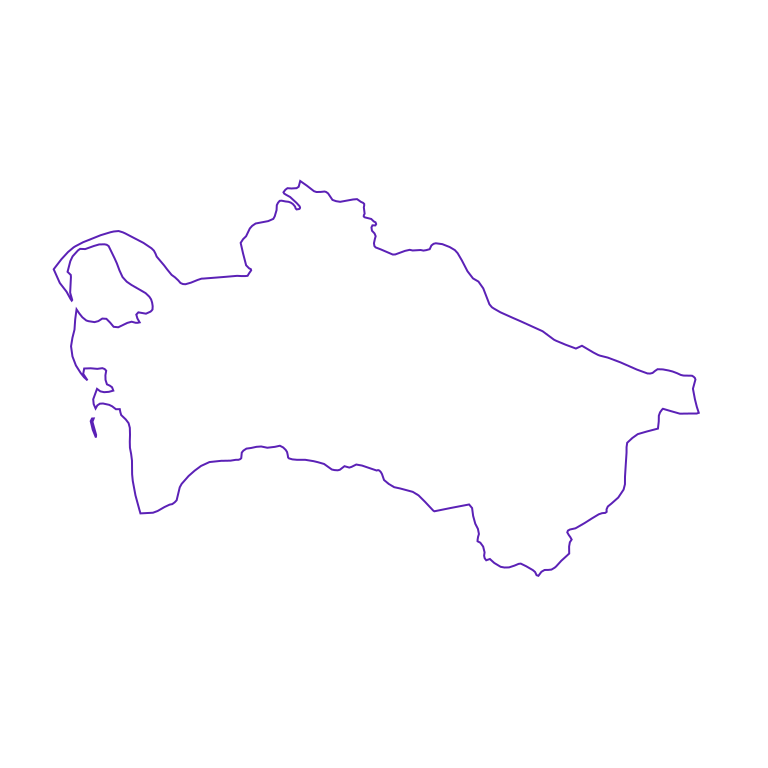 map outline of Turkmenistan (orthographic projection), rotated 351°
{"feature_id": "TKM", "entity_name": "Turkmenistan", "entity_type": "country or territory", "adm_level": 0, "iso_a3": "TKM", "parent_name": "Asia", "parent_adm1": "", "projection": "orthographic", "projection_center": [58.325, 38.975], "detail": "fine", "context": "isolated", "style": "outline", "palette": "violet", "viewbox_px": 768, "rotation_deg": 351, "n_neighbors": 0, "source": "natural_earth", "source_scale": "50m", "svg_char_len": 5319}
<svg xmlns="http://www.w3.org/2000/svg" viewBox="0 0 768 768"><g transform="rotate(351 384 384)"><path d="M222.0,251.6L233.2,252.5L243.4,253.3L255.9,254.2L259.6,255.0L264.0,255.7L266.2,255.8L268.3,253.3L269.6,252.0L270.6,250.9L270.4,249.7L268.9,248.7L266.4,245.2L265.2,232.8L264.5,222.2L267.5,218.9L270.9,216.5L275.8,209.4L278.5,207.2L282.3,205.4L295.1,205.0L300.5,203.6L302.3,201.3L305.1,195.4L306.1,190.6L307.7,188.4L309.6,186.8L311.5,186.9L315.3,188.3L318.2,189.1L320.2,190.2L322.1,191.9L323.9,194.8L324.2,196.8L325.0,197.9L326.5,197.9L327.5,197.9L328.3,197.5L328.7,196.5L328.4,195.2L325.9,191.4L320.5,184.6L316.9,181.8L315.2,180.3L314.7,178.9L317.0,176.7L319.3,175.5L323.2,176.4L328.3,176.9L330.6,175.8L333.0,170.4L338.9,176.1L345.0,182.6L347.3,183.8L351.7,184.4L355.4,184.6L356.9,185.3L358.6,187.0L361.9,194.1L365.2,195.9L369.2,197.2L382.3,196.9L386.3,197.2L389.7,200.5L391.7,201.8L392.6,203.0L392.4,204.5L391.7,206.4L391.6,210.0L391.5,212.8L390.5,214.1L390.2,215.4L391.1,216.4L397.2,219.0L399.3,221.8L400.9,223.0L401.3,224.8L400.3,226.0L397.4,225.5L396.1,227.4L396.1,230.7L398.2,233.8L398.9,236.7L397.6,239.5L396.1,243.4L396.1,246.2L397.1,247.8L401.8,250.5L412.9,257.5L415.4,257.8L425.6,255.8L430.4,255.5L433.2,256.6L441.2,257.4L443.8,258.4L446.5,258.4L450.2,258.0L452.5,254.6L453.8,253.9L454.9,253.3L457.2,253.1L463.5,255.0L470.3,259.0L474.9,262.8L477.2,266.3L480.2,274.0L484.1,285.7L488.4,293.6L493.3,297.6L497.0,305.1L500.6,321.8L502.6,325.1L504.5,326.8L510.2,331.4L521.7,338.9L528.6,343.3L539.2,350.3L548.9,356.7L558.9,366.9L560.9,368.3L569.5,373.6L579.1,379.0L585.5,377.2L595.8,385.7L600.0,388.8L601.8,389.8L609.1,392.9L620.9,399.6L636.0,409.3L645.9,414.8L648.5,415.3L651.0,415.1L653.7,413.5L656.5,412.2L661.7,413.2L667.3,415.2L671.0,416.8L675.2,419.2L678.6,421.5L681.1,422.5L689.5,424.0L691.0,425.3L692.0,426.7L692.3,428.3L688.4,437.0L688.7,447.6L689.4,455.5L690.4,461.7L688.2,462.1L682.7,461.2L671.6,459.6L661.9,455.1L655.6,452.1L654.7,452.7L652.2,455.2L650.5,458.3L649.5,464.0L647.6,470.9L636.4,472.0L626.8,473.2L620.8,476.2L615.0,480.1L613.7,484.3L612.8,489.8L610.0,502.2L607.5,513.4L606.3,520.7L604.1,525.8L597.6,532.8L589.9,537.7L585.9,540.0L584.2,542.6L583.9,545.1L582.4,545.9L579.1,545.7L575.7,546.3L568.3,549.3L560.2,552.8L550.5,556.5L544.9,556.8L542.7,557.6L541.8,559.2L542.9,562.1L544.0,564.2L545.0,567.0L542.8,569.4L541.4,573.5L540.4,580.4L537.0,582.7L531.5,586.3L525.5,591.1L523.9,592.1L520.4,593.5L516.8,593.3L513.5,592.8L510.1,594.1L506.5,597.6L504.8,596.7L503.8,593.3L501.9,591.1L496.0,586.3L491.0,582.8L488.9,582.7L484.4,583.8L478.8,584.7L474.3,584.1L470.6,582.8L464.9,578.0L462.8,575.4L461.2,573.4L457.4,574.1L456.2,571.9L456.0,569.3L457.0,566.0L456.5,560.1L454.3,555.8L451.8,554.0L452.0,552.7L453.0,549.7L454.3,547.0L454.1,541.8L452.3,536.3L451.4,528.2L451.6,520.3L449.2,516.3L430.4,516.9L413.8,517.6L412.8,516.7L406.1,506.8L400.7,499.4L395.5,495.0L383.6,489.7L377.9,487.5L373.0,483.4L369.0,478.8L367.9,472.6L367.1,470.5L365.9,468.8L364.7,468.1L363.2,468.3L349.5,461.1L344.0,459.2L338.9,460.8L336.6,461.1L332.1,459.0L327.0,461.8L324.8,462.0L321.7,461.3L319.1,460.3L312.3,453.6L306.5,450.9L302.4,449.2L294.5,446.6L286.0,445.2L281.7,444.1L278.5,442.6L277.8,441.6L277.8,439.2L277.6,436.0L276.6,433.7L274.5,430.9L271.5,428.7L266.4,429.0L258.8,428.7L252.9,426.5L248.3,426.1L242.6,426.4L238.0,426.3L234.7,427.8L232.8,429.5L231.4,434.9L230.3,435.7L228.4,436.1L225.8,435.7L220.4,435.7L211.1,434.4L199.4,433.8L190.5,436.3L183.4,440.0L176.6,444.3L168.5,451.0L166.1,454.1L161.0,466.4L158.8,468.1L156.1,469.5L153.4,469.6L147.9,471.2L140.6,474.0L135.7,475.0L123.2,473.7L122.7,469.7L121.1,455.1L120.7,440.4L121.1,433.7L123.1,420.2L123.3,413.4L123.1,407.2L123.9,401.2L125.2,394.4L126.1,387.5L125.6,382.7L123.4,378.6L119.6,373.6L119.2,370.7L119.1,367.5L115.3,367.0L112.0,363.5L109.3,361.6L103.4,359.3L100.3,359.0L97.5,360.3L95.3,363.1L94.1,358.4L94.4,353.6L99.8,343.9L102.7,346.9L106.3,348.3L111.0,348.7L115.6,348.2L114.9,344.7L112.9,342.7L110.3,341.0L109.6,336.4L110.2,331.8L111.7,327.4L110.4,325.5L108.3,324.3L103.2,324.2L96.8,322.6L90.3,321.8L88.5,326.9L91.7,334.0L88.8,330.4L86.2,325.8L82.6,317.5L80.6,308.0L80.8,297.8L83.5,289.6L86.8,281.9L89.1,271.9L92.0,262.2L94.1,266.7L96.5,270.9L99.9,274.7L101.9,275.7L107.8,277.6L111.7,277.2L116.0,275.3L120.0,276.2L123.1,280.5L125.9,285.2L130.4,286.4L140.0,283.5L144.5,283.0L148.3,284.7L150.3,285.0L152.3,284.9L150.7,280.7L150.2,276.7L152.6,274.8L159.9,277.3L164.7,276.0L165.9,275.2L167.0,274.2L167.7,270.9L167.7,267.3L167.2,264.0L165.9,261.1L162.7,256.9L150.1,246.7L145.9,242.7L142.5,237.5L140.5,230.4L139.0,223.0L137.5,217.5L133.6,204.7L131.9,203.1L129.8,202.3L124.5,201.6L119.0,202.3L110.0,204.0L105.0,203.0L102.6,204.2L96.4,209.2L93.4,213.6L89.0,223.7L91.7,227.3L91.5,229.5L88.3,244.7L89.2,252.2L88.6,252.8L87.7,251.0L84.9,243.2L79.6,233.5L75.7,219.0L84.9,210.3L92.6,204.2L98.8,200.5L100.7,199.7L109.0,196.9L119.6,194.5L127.5,192.7L137.7,191.3L141.0,191.1L145.8,191.4L149.7,193.3L152.0,194.8L160.1,200.8L168.5,207.0L175.6,213.6L177.6,216.3L178.7,219.5L179.4,222.6L185.4,232.5L187.8,237.0L191.3,243.0L194.2,245.9L197.0,249.5L198.8,252.4L201.0,253.8L203.5,254.4L209.2,253.7L216.1,252.1L220.2,251.4L222.0,251.6ZM91.7,389.2L91.1,391.8L89.2,383.7L88.5,374.8L90.2,372.4L91.9,372.6L90.1,375.7L91.7,389.2Z" fill="none" stroke="#5b21b6" stroke-width="2"/></g></svg>